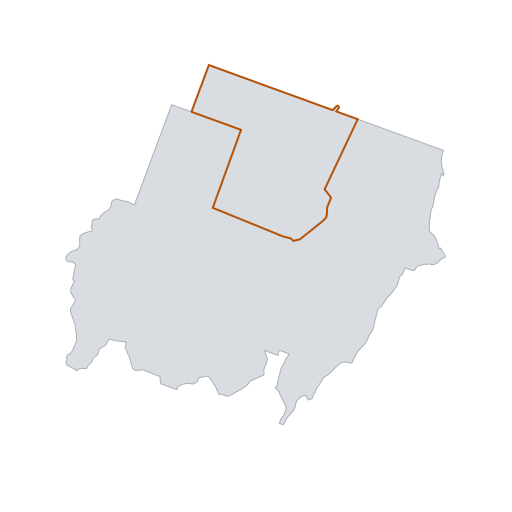 Northern on a map of Sudan (Natural Earth projection), rotated 20°
{"feature_id": "SDN-878", "entity_name": "Northern", "entity_type": "State", "adm_level": 1, "iso_a3": "SDN", "parent_name": "Sudan", "parent_adm1": "", "projection": "natural_earth1", "projection_center": [29.004, 19.383], "detail": "fine", "context": "in_parent", "style": "outline", "palette": "amber", "viewbox_px": 512, "rotation_deg": 20, "n_neighbors": 0, "source": "natural_earth", "source_scale": "10m", "svg_char_len": 5219}
<svg xmlns="http://www.w3.org/2000/svg" viewBox="0 0 512 512"><g transform="rotate(20 256 256)"><path d="M339.5,405.3L335.5,405.3L335.1,404.2L335.1,401.2L335.5,398.9L337.0,395.3L336.6,393.4L336.8,390.5L335.8,387.4L326.1,378.2L324.3,375.6L319.1,373.3L320.0,370.7L317.8,351.9L318.8,349.7L319.1,346.4L319.1,343.6L320.3,338.7L320.4,336.7L310.2,336.5L310.1,338.6L310.6,340.9L310.6,341.9L296.4,341.9L302.1,349.3L302.4,352.5L302.1,356.6L302.1,359.2L302.5,360.9L304.0,364.2L303.9,364.8L303.6,365.6L293.5,375.4L291.8,380.0L290.5,382.4L287.6,386.4L278.4,396.9L276.9,397.6L269.9,398.0L269.2,398.2L268.7,398.7L268.4,398.6L262.4,392.4L252.3,385.0L245.6,388.9L243.8,390.3L243.7,393.9L242.7,395.7L240.9,397.7L236.0,398.9L233.4,400.0L230.4,402.0L227.4,405.4L227.2,407.1L227.5,408.7L210.5,408.6L209.3,407.4L206.9,401.8L205.1,402.2L189.6,401.5L187.4,402.1L182.9,404.4L180.7,404.7L178.4,403.7L170.3,392.7L168.5,391.4L166.7,388.8L164.9,387.7L164.3,386.8L164.2,385.7L164.2,383.3L163.6,381.8L162.4,381.4L151.4,384.0L149.8,383.7L147.5,384.1L146.7,384.6L145.8,386.0L145.6,389.0L145.3,390.5L144.5,392.2L141.3,395.9L140.6,397.5L140.8,401.6L140.6,403.7L140.1,404.6L138.7,406.2L138.2,407.1L137.7,412.3L135.9,415.5L135.5,416.6L135.4,418.9L135.2,419.6L130.2,421.4L128.3,422.6L127.2,424.3L126.9,425.1L124.8,424.5L122.1,424.0L116.9,423.4L114.8,422.6L113.9,421.4L114.2,418.2L113.7,417.5L112.8,416.9L112.3,415.6L112.4,413.9L115.2,410.3L115.7,408.3L116.5,399.1L116.3,396.3L114.1,391.1L109.2,382.2L108.0,380.5L101.8,373.2L101.1,372.1L99.6,369.0L101.3,362.2L101.4,360.3L101.0,358.4L99.4,357.0L98.0,356.8L96.2,355.0L95.0,354.2L94.0,352.6L93.2,350.3L93.8,342.3L93.5,341.3L91.9,341.0L91.5,340.4L91.6,338.9L90.7,334.3L89.8,330.6L90.3,328.5L89.0,325.6L86.5,324.4L81.5,325.4L80.0,325.2L78.9,324.7L78.2,323.6L77.8,322.4L78.2,320.6L79.6,317.2L81.4,314.4L85.0,311.8L85.9,310.5L86.5,309.0L86.6,307.2L86.4,305.4L86.0,303.8L84.9,301.6L84.0,299.0L84.0,297.3L84.5,296.0L85.4,294.5L89.0,291.5L92.6,289.1L93.3,288.2L93.0,287.2L91.4,285.2L90.9,281.3L90.0,278.5L91.8,276.5L93.2,275.7L95.3,275.1L96.2,274.3L96.4,272.6L96.4,271.0L97.2,269.9L98.2,267.4L99.0,266.2L101.8,263.3L102.5,261.4L102.6,259.6L101.9,254.0L103.5,251.7L105.6,249.8L108.5,250.0L113.1,249.5L116.2,248.7L118.4,248.8L123.5,249.8L124.0,249.3L124.3,247.9L125.0,142.7L145.8,142.7L146.0,142.5L146.4,92.7L277.2,92.7L278.3,92.5L280.3,87.9L281.2,87.5L282.5,87.8L283.0,88.9L281.9,92.7L396.1,92.7L396.4,98.4L397.4,102.9L400.8,109.4L403.6,112.9L404.6,114.9L404.7,115.8L404.6,116.6L403.7,115.6L402.3,115.0L402.2,118.0L402.9,124.3L404.1,128.6L403.3,132.7L403.5,139.5L405.1,147.8L404.9,153.0L407.4,165.2L409.8,172.0L411.1,173.7L412.6,174.6L415.3,175.2L419.5,178.6L422.7,182.3L423.9,184.2L425.5,186.3L426.5,185.9L427.2,185.3L428.3,187.0L433.4,190.7L434.2,192.4L432.4,194.0L430.3,196.9L429.3,199.6L428.8,200.4L427.1,202.1L426.8,202.9L426.1,203.4L425.3,203.4L423.5,204.3L422.0,204.0L420.4,204.5L419.8,205.2L418.6,205.7L416.9,206.0L414.2,208.3L411.9,209.4L411.1,210.3L410.0,214.7L409.1,215.9L405.7,216.0L404.0,216.4L401.7,215.9L400.6,216.0L400.3,216.9L399.9,220.8L400.0,222.4L398.1,226.8L398.8,235.0L397.0,241.1L396.7,242.6L394.9,247.4L393.9,249.2L391.6,258.3L390.7,261.1L388.7,264.0L391.0,285.9L389.3,292.6L389.4,296.2L388.3,301.6L387.3,304.1L385.8,307.1L384.5,310.4L383.5,314.9L382.8,323.2L382.4,324.0L376.3,325.0L374.4,325.6L373.1,326.6L371.5,328.7L368.4,334.6L366.8,338.2L364.3,343.2L361.3,346.7L360.7,348.4L360.2,351.5L359.1,356.5L358.1,360.1L358.3,363.0L357.4,367.9L357.6,370.4L356.5,371.7L355.1,373.0L354.2,373.3L349.9,370.0L346.9,372.3L345.0,375.5L343.6,378.7L344.5,385.6L344.4,387.1L344.0,388.8L341.2,395.5L340.4,398.6L339.5,404.0L339.5,405.3Z" fill="#d9dde1" stroke="#a8b0b8" stroke-width="1"/><path d="M282.0,92.7L283.2,92.7L283.8,92.7L285.9,92.7L288.1,92.7L290.2,92.7L292.4,92.7L294.5,92.7L296.7,92.7L298.8,92.7L301.0,92.7L303.1,92.7L304.8,92.7L297.7,169.6L297.8,169.8L297.9,170.0L306.5,175.4L306.6,175.5L306.2,185.9L306.3,186.1L308.4,192.7L308.4,193.9L308.8,195.9L306.5,200.8L291.3,225.7L290.5,225.9L286.0,229.0L283.0,227.8L281.9,227.6L274.6,228.4L198.9,225.5L198.8,142.6L146.5,142.6L146.1,142.3L146.1,139.6L146.1,137.2L146.1,134.8L146.1,132.4L146.1,130.1L146.2,126.9L146.2,123.8L146.2,120.7L146.2,117.6L146.3,114.5L146.3,111.4L146.3,108.3L146.3,105.1L146.3,102.0L146.4,98.9L146.4,95.8L146.4,92.7L148.5,92.7L150.5,92.7L152.5,92.7L154.6,92.7L156.6,92.7L158.7,92.7L160.7,92.7L162.8,92.7L164.8,92.7L166.9,92.7L168.9,92.7L170.9,92.7L173.0,92.7L175.0,92.7L177.1,92.7L179.1,92.7L181.2,92.7L183.2,92.7L185.3,92.7L187.3,92.7L189.3,92.7L191.4,92.7L193.4,92.7L195.5,92.7L197.5,92.7L199.6,92.7L201.6,92.7L203.6,92.7L205.7,92.7L207.7,92.7L209.8,92.7L211.8,92.7L213.9,92.7L215.9,92.7L218.0,92.7L220.0,92.7L222.0,92.7L224.1,92.7L226.1,92.7L228.2,92.7L230.2,92.7L232.3,92.7L234.3,92.7L236.4,92.7L238.4,92.7L240.4,92.7L242.5,92.7L244.5,92.7L246.6,92.7L248.6,92.7L250.7,92.7L252.7,92.7L254.7,92.7L256.8,92.7L258.8,92.7L260.9,92.7L262.9,92.7L265.0,92.7L267.0,92.7L269.1,92.7L271.1,92.7L273.1,92.7L275.2,92.7L277.2,92.7L278.0,92.7L278.3,92.5L279.3,90.2L280.3,87.9L280.9,87.2L281.3,87.0L281.7,86.9L282.1,87.0L282.5,87.2L282.9,87.7L283.1,88.2L283.1,88.9L282.6,90.5L282.0,92.7Z" fill="none" stroke="#b45309" stroke-width="2"/></g></svg>